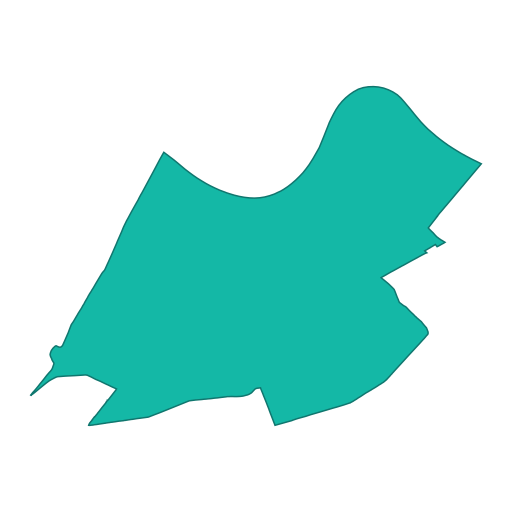 Culemborg, Gelderland, Netherlands
{"feature_id": "6326949B1305766701073", "entity_name": "Culemborg", "entity_type": "district", "adm_level": 2, "iso_a3": "NLD", "parent_name": "Netherlands", "parent_adm1": "Gelderland", "projection": "mercator", "projection_center": [5.204, 51.949], "detail": "fine", "context": "isolated", "style": "filled", "palette": "teal", "viewbox_px": 512, "rotation_deg": 0, "n_neighbors": 0, "source": "geoboundaries", "source_scale": "gbopen_adm2", "svg_char_len": 5986}
<svg xmlns="http://www.w3.org/2000/svg" viewBox="0 0 512 512"><path d="M481.3,163.8L476.2,161.3L471.5,159.0L465.5,155.8L460.8,153.2L456.7,150.7L452.2,147.9L447.9,145.1L443.6,142.0L439.6,139.0L436.1,136.2L431.6,132.3L427.9,129.1L424.3,125.5L420.8,121.8L417.5,117.9L413.9,113.6L411.2,110.2L404.6,102.3L401.0,98.2L397.3,94.8L392.8,91.9L388.4,89.8L383.7,88.1L382.3,87.8L378.4,87.0L373.5,86.6L368.2,86.8L363.3,87.6L358.3,89.2L354.9,91.1L353.9,91.6L349.7,94.5L345.8,97.7L342.1,101.4L338.8,105.4L336.0,109.6L333.6,113.9L331.2,118.6L329.2,122.8L329.0,123.4L323.7,136.8L319.3,147.5L317.8,150.2L313.0,158.6L309.2,164.6L306.1,168.8L303.0,172.7L299.4,176.5L295.7,180.1L291.9,183.4L290.5,184.5L287.8,186.6L283.6,189.4L280.7,191.1L277.8,192.4L274.5,194.0L269.6,195.7L264.7,197.0L259.6,197.8L254.5,198.1L249.4,197.9L244.3,197.3L239.3,196.4L234.3,195.2L229.4,193.7L226.6,192.8L225.1,192.2L219.7,190.2L214.6,187.9L210.1,185.7L206.0,183.5L201.5,180.8L197.3,178.2L193.1,175.3L188.9,172.2L185.0,169.2L183.2,167.7L177.4,162.8L174.0,160.0L164.5,152.8L163.8,152.3L160.6,158.0L159.7,159.6L158.6,161.7L154.0,170.4L141.9,192.9L140.7,194.9L140.6,195.1L139.0,198.1L138.1,200.0L136.2,203.3L131.6,211.5L127.8,218.6L126.6,220.7L124.7,224.6L123.5,227.1L121.5,232.0L117.4,241.3L116.7,243.1L115.6,245.6L113.6,250.2L112.7,252.3L111.9,254.1L111.5,255.0L108.4,261.9L107.5,263.8L105.2,268.9L104.7,269.9L104.0,270.9L103.6,271.2L103.2,271.7L102.3,272.8L101.5,274.0L95.7,283.7L93.1,288.2L92.8,288.7L92.4,289.3L92.1,289.7L91.1,291.5L89.5,293.9L89.3,294.3L88.3,296.0L87.4,297.8L85.9,300.3L84.7,302.4L84.0,303.9L82.8,305.7L81.7,307.8L80.7,309.4L79.8,310.8L79.3,311.6L79.1,311.9L78.6,312.7L78.1,313.5L77.4,314.8L76.3,316.6L75.6,317.8L73.8,320.9L73.5,321.4L71.3,324.6L69.9,328.2L68.1,333.0L67.6,334.1L64.6,341.0L62.5,345.6L61.2,346.8L60.7,347.1L59.8,347.2L58.7,347.0L56.1,345.8L55.3,346.1L54.7,346.6L53.2,348.0L52.7,348.6L51.3,350.6L50.5,352.7L50.2,353.9L50.1,354.6L50.4,356.0L51.1,357.7L51.5,358.3L51.8,359.3L52.2,360.3L53.9,363.1L53.8,364.1L52.4,368.2L51.9,369.2L51.5,369.9L50.2,371.5L49.4,372.3L46.9,375.2L44.8,377.9L43.4,379.7L41.3,382.3L41.2,382.4L40.1,383.7L38.1,386.3L35.3,389.7L34.4,390.7L32.8,392.5L32.7,392.5L31.7,393.9L31.2,394.5L30.7,395.1L31.1,395.4L31.3,395.3L31.3,395.1L31.9,394.5L32.4,394.3L34.7,392.5L42.8,385.8L46.4,382.9L49.1,380.9L51.1,379.7L54.1,378.1L56.4,377.0L57.0,376.9L57.4,376.7L58.6,376.6L60.2,376.5L65.1,376.1L75.2,375.6L84.4,375.0L85.3,375.0L85.5,374.9L86.6,375.1L87.1,375.2L87.4,375.2L87.9,375.5L89.2,376.1L91.2,377.0L94.2,378.6L96.0,379.5L97.5,380.1L100.8,381.5L101.5,381.9L106.9,384.5L107.3,384.6L111.6,386.7L116.5,388.9L116.2,389.4L116.0,389.9L113.2,393.5L110.4,397.1L109.0,398.9L108.1,399.9L107.6,400.5L107.4,400.4L107.4,400.5L106.7,401.3L106.0,402.3L106.1,402.5L101.8,407.8L101.6,408.1L100.8,409.1L99.7,410.6L97.6,413.2L97.0,414.1L96.2,415.0L94.6,417.0L94.4,416.9L92.2,419.8L92.3,419.9L89.8,422.9L89.0,424.3L88.7,425.3L89.8,425.4L90.8,425.2L93.2,425.0L93.5,424.9L94.6,424.7L96.6,424.5L99.6,424.0L103.0,423.5L104.3,423.3L105.2,423.2L106.1,423.0L108.1,422.7L109.8,422.5L110.7,422.3L112.6,422.1L113.3,422.0L115.5,421.7L119.1,421.1L120.6,421.0L121.2,420.9L123.3,420.7L124.1,420.5L125.9,420.3L126.1,420.2L127.0,420.1L128.1,419.9L129.5,419.7L131.5,419.4L131.9,419.4L134.5,419.0L136.9,418.6L140.9,418.1L147.6,417.2L148.6,417.0L154.2,414.8L159.5,412.8L163.5,411.2L189.0,400.9L190.1,400.7L195.6,400.0L201.8,399.5L204.1,399.2L205.8,399.1L206.9,399.0L207.6,398.9L211.1,398.6L213.4,398.3L213.8,398.2L214.8,398.1L217.3,397.9L221.2,397.4L224.5,397.0L225.5,396.9L227.4,396.6L228.4,396.6L231.1,396.5L232.1,396.5L234.9,396.6L236.5,396.6L238.5,396.5L240.4,396.4L242.7,396.1L243.3,396.0L247.0,395.0L247.3,395.0L248.0,394.7L249.0,394.3L250.4,393.5L250.9,393.2L251.5,392.8L251.9,392.4L254.5,389.6L254.9,389.2L255.7,388.6L256.1,388.5L256.3,388.5L256.8,388.3L257.3,388.2L259.2,388.0L260.5,387.8L260.8,388.8L261.8,391.2L262.8,393.7L263.2,394.7L263.5,395.6L264.1,397.0L266.2,402.2L267.5,405.6L268.8,408.9L269.2,410.1L270.5,413.6L272.1,417.7L274.0,422.7L274.4,423.7L275.0,425.3L287.9,421.7L290.8,420.9L291.8,420.6L293.0,420.1L296.5,418.9L299.2,418.1L305.8,416.3L310.6,414.7L315.8,413.2L320.6,411.8L333.4,408.0L337.0,407.0L343.9,404.9L349.6,403.0L350.2,402.9L350.5,402.6L353.0,401.3L353.7,400.8L356.5,399.1L358.5,397.7L360.4,396.6L365.5,393.2L367.2,392.2L368.0,391.8L369.1,391.1L370.7,390.2L371.4,389.8L371.9,389.4L375.3,387.4L378.1,385.6L378.5,385.3L379.1,384.9L379.5,384.7L381.3,383.6L382.0,383.1L383.5,382.2L386.4,379.8L386.3,379.7L387.1,379.0L388.5,377.5L390.0,375.9L390.7,375.0L391.9,373.8L392.5,373.0L393.2,372.3L394.7,370.6L394.8,370.5L395.8,369.4L405.5,358.8L408.4,355.6L413.4,350.2L417.0,346.3L419.7,343.4L423.2,339.5L424.1,338.6L426.5,335.7L426.9,335.2L427.5,334.8L427.6,334.6L427.8,334.3L427.9,334.1L428.0,333.6L428.1,333.3L428.1,332.7L428.0,332.2L428.0,331.8L427.8,331.3L426.5,327.9L426.4,327.8L424.4,325.5L422.5,323.2L421.3,321.6L420.9,321.3L419.7,320.3L417.9,318.7L416.7,317.7L416.0,316.9L415.1,316.2L414.5,315.6L414.0,315.0L413.1,314.1L412.2,313.3L410.7,311.9L410.1,311.3L409.1,310.3L406.7,307.7L406.2,307.2L405.6,306.7L403.9,305.8L403.4,305.5L399.5,302.5L399.2,302.1L399.1,301.7L398.9,301.4L398.7,300.9L398.4,300.0L397.1,297.0L395.0,291.5L394.2,289.6L393.9,289.2L393.4,288.6L388.7,284.0L385.6,281.4L384.3,280.3L383.2,279.4L381.7,278.3L381.3,277.9L381.1,277.6L391.1,271.9L393.4,270.7L401.7,266.1L403.5,265.2L408.9,262.2L410.5,261.3L421.9,255.1L425.4,253.3L426.8,252.8L425.1,251.3L424.7,250.9L435.4,244.5L437.1,246.7L438.9,245.8L441.7,244.2L443.6,243.2L445.0,242.3L442.1,240.5L441.0,239.9L440.2,239.3L439.5,238.9L437.7,237.5L437.0,237.0L436.0,236.0L435.4,235.4L433.2,232.9L431.3,231.1L429.2,229.0L428.6,228.4L428.6,228.2L428.3,227.9L428.5,227.6L428.9,227.1L437.1,216.6L436.9,216.6L437.9,215.3L438.1,215.1L439.5,213.3L441.1,211.5L444.8,207.1L451.2,199.6L455.8,194.1L462.3,186.4L462.6,186.1L463.5,185.0L465.3,182.8L466.0,182.0L466.4,181.5L481.3,163.8Z" fill="#14b8a6" stroke="#0f766e" stroke-width="1.5"/></svg>